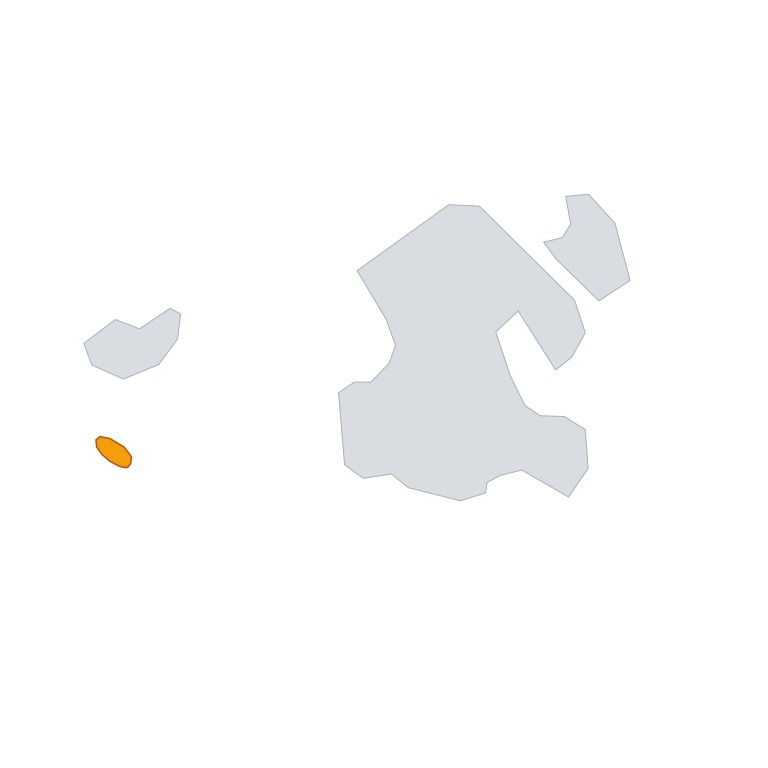 location of Sottunga within Aland, rotated 150°
{"feature_id": "ALD-4821", "entity_name": "Sottunga", "entity_type": "state/province", "adm_level": 1, "iso_a3": "ALA", "parent_name": "Aland", "parent_adm1": "", "projection": "mercator", "projection_center": [20.666, 60.13], "detail": "fine", "context": "in_parent", "style": "filled", "palette": "amber", "viewbox_px": 768, "rotation_deg": 150, "n_neighbors": 0, "source": "natural_earth", "source_scale": "10m", "svg_char_len": 1027}
<svg xmlns="http://www.w3.org/2000/svg" viewBox="0 0 768 768"><g transform="rotate(150 384 384)"><path d="M329.3,246.8L344.0,247.1L350.5,238.9L376.2,244.6L414.8,282.1L422.6,302.4L449.2,312.8L458.5,333.8L427.7,399.2L408.7,400.5L394.5,392.2L369.4,399.3L354.7,411.7L349.8,438.8L350.6,495.6L238.3,506.9L212.5,490.3L177.1,361.1L184.1,327.7L207.9,313.4L228.3,310.3L231.3,380.1L261.2,373.2L270.6,327.2L272.7,294.8L264.6,278.4L244.3,265.8L232.5,244.0L249.4,208.9L280.7,193.8L307.7,240.6L329.3,246.8ZM172.3,405.4L174.8,427.0L156.5,421.6L142.4,429.0L132.8,455.6L112.0,446.1L103.6,407.9L119.1,350.7L156.3,348.5L172.3,405.4ZM627.5,546.4L623.7,569.2L584.5,574.2L568.1,554.0L531.5,556.5L525.1,546.4L540.3,526.2L569.4,513.5L607.2,518.6L627.5,546.4Z" fill="#d9dde1" stroke="#a8b0b8" stroke-width="1"/><path d="M662.0,460.0L663.5,463.8L664.4,473.0L661.4,479.6L656.4,480.5L648.8,474.0L640.6,459.2L639.1,447.1L643.2,441.8L647.7,439.9L650.8,441.5L655.0,446.0L660.2,454.4L662.0,460.0Z" fill="#f59e0b" stroke="#b45309" stroke-width="1.5"/></g></svg>